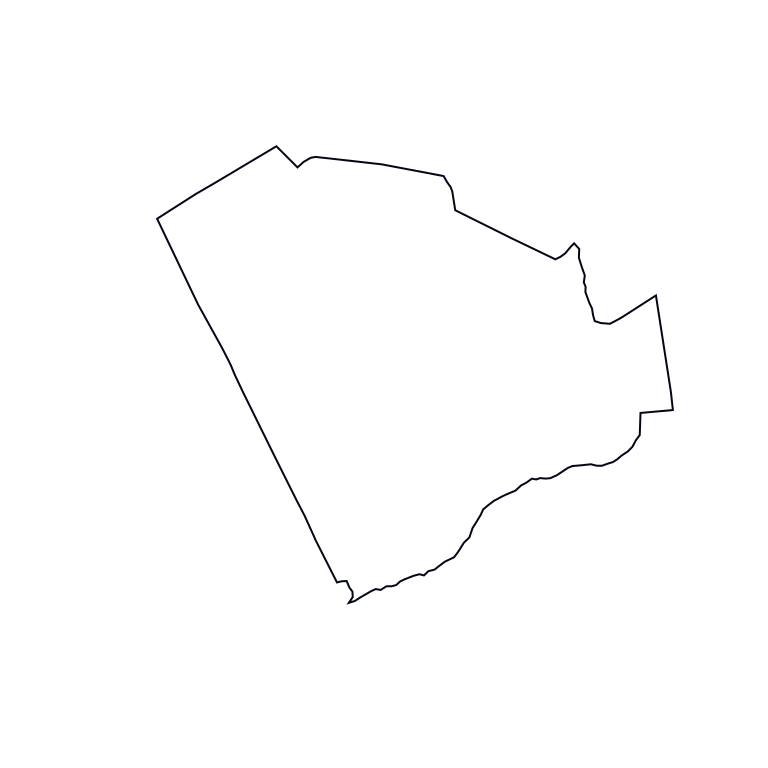 Loanda, Paraná, Brazil, rotated 24°
{"feature_id": "56859067B78074761196473", "entity_name": "Loanda", "entity_type": "district", "adm_level": 2, "iso_a3": "BRA", "parent_name": "Brazil", "parent_adm1": "Paraná", "projection": "natural_earth1", "projection_center": [-53.011, -22.972], "detail": "fine", "context": "isolated", "style": "outline", "palette": "ink", "viewbox_px": 768, "rotation_deg": 24, "n_neighbors": 0, "source": "geoboundaries", "source_scale": "gbopen_adm2", "svg_char_len": 1533}
<svg xmlns="http://www.w3.org/2000/svg" viewBox="0 0 768 768"><g transform="rotate(24 384 384)"><path d="M649.4,274.7L596.4,192.5L573.9,226.8L569.1,233.1L565.9,237.1L557.4,240.1L550.9,240.8L547.0,236.1L543.3,230.4L538.5,226.3L530.6,218.1L528.6,213.1L525.2,209.9L523.3,203.2L517.5,197.1L510.7,189.4L507.4,181.2L500.5,178.2L498.9,182.2L496.4,190.9L493.5,196.0L489.8,200.4L441.0,199.0L378.4,196.3L368.1,180.4L365.0,177.2L359.2,173.7L353.9,169.8L292.4,184.3L229.1,204.4L225.0,207.2L220.2,213.8L216.9,221.3L189.0,210.6L147.7,269.1L134.7,287.1L109.5,325.3L181.8,387.0L222.0,417.4L232.4,425.8L236.5,429.2L243.6,436.0L247.1,439.0L259.1,449.3L314.5,495.4L351.3,525.7L365.0,536.6L377.6,547.8L381.8,551.5L384.8,554.3L421.8,584.4L425.3,581.6L430.0,579.2L435.3,584.1L439.6,586.5L442.1,591.3L440.9,598.2L445.6,594.1L448.9,589.0L453.7,582.4L456.4,578.6L459.8,574.7L464.7,573.5L468.5,567.8L473.4,565.6L477.0,562.6L479.0,557.9L482.3,554.0L489.0,547.2L493.7,543.4L498.4,542.6L500.7,536.9L505.7,533.0L508.0,528.5L511.9,521.5L518.4,513.9L519.6,509.2L520.4,504.7L521.5,496.6L524.4,489.4L523.5,479.5L524.6,472.0L525.6,463.9L525.6,458.3L528.6,452.1L531.9,446.1L538.5,437.6L542.4,433.3L547.4,428.0L550.5,420.9L554.4,415.9L557.6,410.3L561.9,409.3L564.8,406.5L569.8,404.8L574.1,402.5L579.1,396.9L586.0,386.0L589.5,382.3L597.5,377.9L605.6,373.2L611.7,372.1L616.4,370.0L621.2,365.4L624.8,362.3L627.8,357.8L630.1,352.8L634.2,346.4L636.5,340.2L637.0,332.9L638.4,326.6L630.1,306.1L658.5,290.3L649.4,274.7Z" fill="none" stroke="#020617" stroke-width="2"/></g></svg>